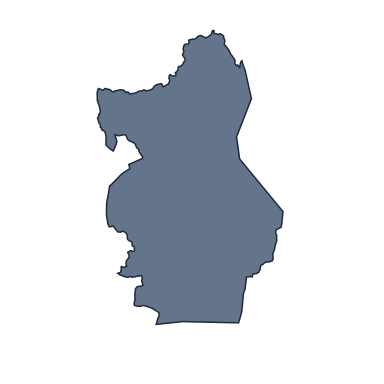 Santa María Quiegolani, Oaxaca, Mexico, rotated 154°
{"feature_id": "50627088B40011540335784", "entity_name": "Santa María Quiegolani", "entity_type": "district", "adm_level": 2, "iso_a3": "MEX", "parent_name": "Mexico", "parent_adm1": "Oaxaca", "projection": "orthographic", "projection_center": [-96.048, 16.307], "detail": "fine", "context": "isolated", "style": "filled", "palette": "slate", "viewbox_px": 384, "rotation_deg": 154, "n_neighbors": 0, "source": "geoboundaries", "source_scale": "gbopen_adm2", "svg_char_len": 6064}
<svg xmlns="http://www.w3.org/2000/svg" viewBox="0 0 384 384"><g transform="rotate(154 192 192)"><path d="M244.9,263.3L244.0,264.0L242.8,265.0L241.8,265.9L241.0,266.6L239.7,267.6L239.0,268.4L238.5,269.0L238.1,269.4L237.7,270.0L237.3,270.7L237.1,271.5L237.0,272.1L236.9,272.9L236.7,274.0L236.5,275.5L236.5,276.7L236.1,277.3L235.8,276.7L235.0,276.1L234.3,275.5L233.1,274.6L232.0,274.3L230.8,274.0L229.5,273.8L228.5,273.3L227.6,273.0L226.8,272.5L226.6,272.0L226.5,271.0L226.6,269.9L226.6,269.1L226.9,268.2L226.7,267.4L226.4,266.8L226.2,265.9L225.6,265.0L225.1,264.5L224.5,264.1L224.1,263.5L223.7,262.8L222.8,261.7L222.4,261.1L222.2,260.5L222.0,259.3L222.2,258.2L222.3,257.2L222.3,256.3L222.2,255.6L221.5,254.7L221.4,254.2L221.4,253.6L221.6,253.0L221.7,252.2L221.8,251.6L221.7,251.0L221.8,250.0L221.7,248.8L221.3,247.7L221.3,246.8L221.0,244.9L221.9,243.9L235.3,244.4L236.7,244.5L237.7,240.3L247.1,239.1L261.6,233.9L263.2,233.7L268.9,225.7L273.4,219.8L278.7,209.5L279.8,206.4L280.5,203.6L281.6,200.1L281.7,197.0L279.8,196.3L277.9,196.1L276.9,191.7L276.2,188.6L273.5,187.1L273.4,187.2L271.9,187.3L271.2,186.9L270.7,186.4L270.3,185.9L270.0,185.5L269.8,185.1L269.6,184.6L269.2,183.9L269.1,182.3L269.3,181.2L269.8,179.9L270.4,178.8L270.6,178.2L270.5,177.4L270.2,176.5L269.8,175.6L268.6,174.5L268.0,173.4L268.5,171.7L269.4,169.9L268.2,168.9L268.2,167.7L268.7,166.4L269.2,164.8L269.9,164.3L270.4,164.1L271.5,164.7L272.2,165.6L272.7,166.0L273.4,166.2L273.8,166.1L274.1,166.0L274.8,166.2L275.7,166.2L276.3,165.8L276.4,165.1L276.1,163.9L276.4,162.5L276.8,161.2L278.0,160.7L278.8,160.0L279.7,159.6L280.7,159.1L281.7,158.3L282.9,156.3L283.1,155.2L283.1,154.3L283.6,153.7L284.6,154.1L285.8,154.0L286.9,154.7L288.0,156.0L288.7,155.5L289.1,154.3L290.0,152.8L291.2,151.5L291.9,151.1L293.0,151.3L293.8,151.5L294.4,151.5L293.4,150.1L293.4,149.3L291.9,148.1L290.3,146.0L288.8,144.7L286.8,143.3L285.9,143.5L284.2,143.0L283.7,142.0L281.4,141.1L279.8,140.6L277.5,140.2L276.1,139.4L275.5,139.6L274.1,138.8L274.4,136.4L276.2,134.3L276.5,131.8L277.1,129.5L279.8,130.0L282.7,130.9L285.1,129.9L287.0,127.1L288.0,125.5L289.2,122.9L290.7,119.8L292.5,117.9L293.5,115.3L290.2,112.7L288.1,111.8L285.6,111.4L283.6,109.8L281.2,107.4L278.8,105.1L277.2,102.2L275.7,100.2L274.7,98.0L275.7,95.2L278.0,93.5L282.2,88.7L257.1,79.6L255.4,78.7L246.0,73.8L207.5,54.0L204.0,57.8L199.7,62.7L190.1,78.4L186.8,81.6L180.2,91.8L176.0,90.1L175.2,89.3L173.1,91.5L169.5,90.4L167.1,90.6L165.8,91.9L165.0,92.2L162.5,95.8L159.9,95.9L157.8,96.5L157.3,96.6L156.2,96.5L155.2,96.2L153.4,95.3L151.3,95.1L150.1,94.9L149.8,95.2L148.3,96.4L147.8,97.8L147.1,99.2L146.8,100.5L145.9,101.5L144.7,102.5L143.9,103.6L142.6,104.6L142.4,105.0L140.8,107.1L140.3,107.9L138.3,109.9L137.8,110.4L137.0,111.5L136.2,113.1L136.2,113.8L134.8,115.7L135.0,117.5L134.7,118.3L133.6,120.6L132.6,121.1L130.4,121.2L128.1,121.2L127.7,121.1L125.3,123.9L118.8,134.6L131.4,186.9L134.7,200.8L127.8,222.0L97.7,249.8L90.9,278.0L90.6,282.4L89.6,288.1L90.2,288.0L90.8,287.7L91.2,287.3L91.7,286.8L92.2,286.4L92.7,285.7L93.3,284.9L93.6,284.5L93.9,283.7L94.2,283.4L94.6,282.9L95.1,284.1L95.2,284.8L95.2,285.4L95.4,286.2L95.7,286.4L96.2,286.1L96.8,286.1L97.1,287.4L97.1,289.0L96.8,289.4L96.2,290.2L95.8,291.0L95.6,292.0L95.7,293.3L95.9,294.2L96.1,295.1L96.3,296.6L96.5,298.0L96.8,299.1L96.8,300.0L96.6,301.4L96.7,302.3L96.7,303.4L96.9,304.4L97.2,306.3L97.5,307.2L97.7,308.6L98.0,309.2L98.2,310.3L98.0,311.2L97.2,312.3L96.6,312.7L96.2,313.7L95.8,314.8L96.0,315.4L96.1,316.0L95.7,316.9L95.3,318.1L95.3,318.6L95.5,319.3L96.1,319.9L96.4,320.7L96.8,321.2L97.0,321.6L98.0,322.0L98.9,322.1L99.8,322.5L100.6,323.5L101.3,324.0L102.1,324.5L102.7,324.9L102.7,326.1L101.7,326.5L101.6,327.5L102.2,328.1L103.3,327.8L103.9,327.0L104.8,325.8L106.3,325.1L107.7,324.8L108.9,324.5L110.0,324.4L110.9,324.4L111.4,324.6L111.8,324.7L112.1,324.8L112.5,324.9L114.2,327.4L115.1,328.4L115.9,329.0L117.4,329.2L117.9,329.3L119.0,329.1L119.9,328.7L121.4,328.3L122.7,328.3L123.7,328.7L124.7,329.3L125.9,329.3L127.0,329.8L127.9,330.0L128.7,329.5L129.0,327.5L129.8,326.9L130.7,326.8L131.7,327.3L132.6,327.6L133.3,327.7L134.1,327.6L135.2,327.1L135.6,326.4L136.6,325.4L137.5,324.0L137.6,321.9L140.4,319.6L139.9,314.5L140.5,313.3L141.8,312.8L142.6,312.1L143.2,311.9L143.5,311.6L144.2,310.9L145.5,310.4L146.7,310.1L147.8,310.2L149.0,310.7L149.8,310.0L150.3,309.1L151.0,308.1L151.8,307.6L152.9,306.7L154.6,306.7L154.9,305.4L154.8,304.3L155.6,303.7L156.8,304.0L159.0,305.1L159.6,306.1L159.9,306.9L161.0,307.0L162.8,304.7L163.1,302.3L163.6,301.3L166.0,299.4L168.5,299.4L169.9,299.2L171.5,299.1L171.8,299.6L171.8,300.6L171.7,301.5L171.9,302.4L172.3,302.8L173.0,303.3L174.1,303.3L175.1,303.7L176.9,303.9L178.4,303.8L179.5,303.6L180.8,302.8L182.4,302.0L184.0,302.0L184.9,302.2L185.6,302.0L186.8,302.4L187.7,302.8L188.6,302.9L189.4,303.4L189.6,304.2L190.0,304.6L190.8,305.0L191.5,304.9L192.4,304.8L193.2,305.0L193.9,305.3L194.6,305.6L195.1,305.9L195.9,305.9L196.5,305.9L197.4,305.8L198.1,305.7L198.8,305.8L199.1,305.8L199.5,305.9L201.9,306.4L203.1,306.9L203.6,306.8L204.5,307.3L205.4,307.8L205.5,308.0L205.3,309.1L205.8,310.1L206.9,310.4L207.9,310.4L208.1,311.1L208.2,312.2L208.4,312.7L208.9,313.6L209.6,314.2L210.9,314.8L212.1,315.4L212.7,315.7L214.1,315.7L215.4,316.2L216.5,316.7L217.1,316.7L217.9,316.5L218.5,316.3L219.6,317.1L220.2,318.2L220.7,319.7L221.9,320.9L223.1,321.6L224.1,322.8L225.2,323.2L226.3,322.6L227.1,322.4L228.4,323.5L228.8,323.9L229.2,324.5L230.7,326.0L232.2,324.9L232.8,323.9L233.7,322.9L234.3,321.5L235.0,320.0L235.8,318.2L236.7,316.5L237.1,314.8L237.3,313.2L237.5,311.1L237.8,309.3L238.3,307.6L239.2,304.2L240.6,302.9L242.0,302.4L242.6,300.9L244.2,300.3L244.7,298.9L244.8,297.0L245.4,295.3L245.2,294.0L244.8,292.8L246.0,290.5L245.5,289.6L245.6,288.6L245.8,288.0L245.6,286.9L244.6,285.9L244.1,285.0L243.9,284.6L244.2,282.4L245.0,279.4L245.3,278.6L245.6,277.7L246.2,277.1L246.7,276.1L247.7,274.2L248.1,273.2L248.6,272.6L248.5,271.2L248.3,270.4L247.7,269.3L247.3,268.1L246.9,267.3L246.8,266.5L246.4,265.8L245.8,265.0L244.9,263.3Z" fill="#64748b" stroke="#1e293b" stroke-width="1.5"/></g></svg>